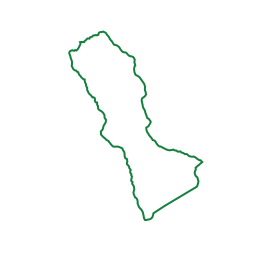 the district of Mirandópolis, São Paulo, Brazil, rotated 121°
{"feature_id": "56859067B1440643639683", "entity_name": "Mirandópolis", "entity_type": "district", "adm_level": 2, "iso_a3": "BRA", "parent_name": "Brazil", "parent_adm1": "São Paulo", "projection": "orthographic", "projection_center": [-51.144, -21.087], "detail": "fine", "context": "isolated", "style": "outline", "palette": "green", "viewbox_px": 256, "rotation_deg": 121, "n_neighbors": 0, "source": "geoboundaries", "source_scale": "gbopen_adm2", "svg_char_len": 4128}
<svg xmlns="http://www.w3.org/2000/svg" viewBox="0 0 256 256"><g transform="rotate(121 128 128)"><path d="M58.2,199.1L59.3,200.0L60.4,201.5L61.3,201.9L62.3,201.9L63.3,201.4L64.5,202.2L64.8,203.4L65.8,204.2L66.3,205.1L67.1,205.7L68.0,205.7L69.0,206.3L69.9,207.3L71.3,207.1L71.7,208.1L72.2,208.9L73.7,209.2L74.8,209.5L75.9,210.0L76.9,209.8L77.6,210.9L78.1,212.2L79.1,213.3L79.6,212.4L80.7,212.0L82.6,211.8L84.2,211.6L86.0,211.7L87.1,211.8L88.1,212.1L88.4,213.5L89.5,213.8L89.9,214.8L90.0,215.8L91.0,216.6L92.1,217.2L93.2,217.3L94.3,216.8L95.2,215.7L96.1,214.4L97.1,213.6L98.3,212.2L99.3,210.8L100.2,210.1L101.2,209.4L102.4,208.7L103.3,208.5L104.2,207.7L105.0,206.2L105.7,205.1L106.0,203.4L105.5,202.0L106.0,200.7L105.8,199.4L106.8,198.3L107.6,197.0L107.9,195.5L108.6,194.1L108.9,192.6L109.1,191.3L108.7,190.1L109.9,189.4L110.8,188.5L111.5,187.6L112.1,186.6L113.1,185.8L113.9,185.1L114.4,183.8L116.0,182.9L116.8,182.2L117.2,181.1L118.0,180.3L118.7,178.7L119.0,176.9L119.6,175.3L120.1,174.1L119.4,173.4L119.5,171.9L120.5,171.0L121.4,170.7L122.6,169.1L122.1,167.6L123.1,167.0L124.1,166.3L124.4,165.3L125.3,164.7L126.4,164.0L127.3,162.5L127.4,160.8L127.3,159.5L127.5,158.5L127.8,157.0L128.4,156.2L128.9,155.0L129.7,154.4L131.0,153.6L131.8,152.4L132.2,151.2L133.5,150.5L134.7,150.0L136.0,150.1L137.0,150.0L138.4,150.1L140.5,149.5L141.9,149.1L143.0,149.0L144.0,149.4L145.3,149.4L146.2,148.5L147.4,148.0L148.0,146.1L148.5,144.5L148.6,143.0L149.4,139.9L149.1,138.2L149.8,136.9L150.2,135.6L150.7,134.5L151.3,132.6L151.5,131.2L151.1,130.2L150.4,129.0L149.3,127.5L148.9,125.9L148.6,124.5L148.4,122.4L149.4,121.1L149.9,120.2L150.4,119.1L151.5,117.9L152.8,117.1L153.7,116.5L154.7,115.5L155.4,114.5L155.0,113.3L155.6,112.4L156.6,111.8L157.4,111.1L158.6,111.0L159.6,110.2L159.8,109.0L160.5,107.3L161.6,106.3L162.2,105.0L162.6,104.0L164.2,103.8L165.4,102.7L165.8,101.3L166.8,100.9L167.6,99.6L169.2,99.0L170.6,98.7L171.7,97.9L172.0,96.2L173.6,95.8L174.2,94.5L174.8,93.2L176.0,92.1L177.5,90.9L178.9,90.6L180.5,90.1L181.8,89.0L182.7,87.7L183.8,86.3L183.8,85.1L184.1,84.1L184.8,83.0L185.5,82.3L186.4,81.6L187.5,81.1L188.2,80.3L189.3,78.9L190.2,77.6L190.7,76.2L191.1,74.5L192.1,72.7L192.9,71.5L194.3,70.3L195.2,69.4L196.2,68.6L196.9,67.9L198.1,66.3L197.5,65.0L196.4,63.9L195.1,62.4L193.8,61.6L192.8,61.3L191.6,61.2L190.6,61.5L189.4,61.7L188.0,62.3L176.6,56.8L164.4,50.3L142.7,38.7L141.5,38.9L140.0,39.3L138.3,39.8L137.2,40.3L136.3,41.4L135.4,42.3L134.6,43.1L134.5,44.1L134.1,45.5L132.9,47.0L132.0,47.8L130.8,48.3L129.4,48.4L128.5,48.6L127.2,49.6L118.9,46.8L118.7,47.9L118.3,49.2L118.8,50.1L118.8,52.0L118.7,53.5L118.5,54.8L118.5,56.1L118.7,57.1L119.6,58.2L120.4,60.2L120.6,61.8L120.2,63.2L120.1,64.4L121.1,65.7L121.0,67.1L121.0,68.1L121.5,69.7L121.1,71.1L121.8,71.9L122.7,73.4L122.4,74.8L123.1,76.3L123.1,77.9L124.0,78.8L124.7,79.6L125.7,80.9L126.3,82.3L126.5,83.6L126.8,84.8L126.8,86.1L126.9,87.1L127.0,88.3L126.9,89.6L127.1,90.6L127.6,91.4L127.6,92.5L127.3,93.6L127.0,94.6L126.5,95.7L125.9,96.6L125.3,98.0L125.2,99.5L125.6,100.6L125.1,101.6L124.4,102.8L123.8,104.9L123.3,106.1L122.8,107.0L122.0,108.6L121.4,109.8L120.8,110.5L120.1,111.2L119.3,111.8L118.4,112.5L117.5,112.2L116.0,111.4L114.5,111.4L113.0,111.4L111.4,111.5L110.6,112.1L110.3,113.1L109.5,114.7L109.5,116.7L108.5,117.8L106.0,120.9L104.4,122.5L103.4,124.2L102.9,125.3L101.9,126.4L100.9,127.2L99.6,128.4L98.5,129.4L97.9,130.1L97.0,130.6L96.0,131.1L94.9,131.1L93.7,130.5L92.2,129.9L91.0,129.8L89.9,129.8L89.2,130.5L87.8,131.6L87.2,132.7L85.6,133.8L84.3,134.3L83.1,135.4L82.4,136.2L81.7,137.1L78.6,144.1L78.4,145.1L78.4,146.9L78.5,148.2L78.4,149.2L77.7,150.0L76.8,151.3L75.4,152.3L74.4,153.1L73.1,153.7L71.8,154.1L70.7,153.9L70.0,154.7L69.0,155.6L68.3,156.5L67.1,156.9L66.0,157.4L65.0,158.8L64.5,160.1L64.6,161.2L65.1,162.4L65.5,164.2L65.2,165.8L64.7,167.2L64.4,168.6L64.9,169.8L65.5,171.4L65.3,172.9L64.8,174.0L64.4,175.1L63.6,176.5L63.2,177.5L63.0,178.8L63.0,180.2L63.2,181.3L63.8,182.6L63.2,184.2L62.4,185.7L61.9,186.6L61.8,187.7L61.2,188.6L60.9,189.8L60.1,190.8L59.3,192.5L59.0,194.0L58.1,195.4L57.9,196.4L58.0,197.5L58.2,199.1Z" fill="none" stroke="#15803d" stroke-width="2"/></g></svg>